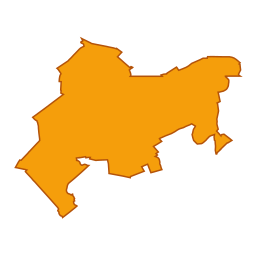 Carei, Satu Mare, Romania
{"feature_id": "2599482B21413362198639", "entity_name": "Carei", "entity_type": "district", "adm_level": 2, "iso_a3": "ROU", "parent_name": "Romania", "parent_adm1": "Satu Mare", "projection": "natural_earth1", "projection_center": [22.485, 47.66], "detail": "fine", "context": "isolated", "style": "filled", "palette": "amber", "viewbox_px": 256, "rotation_deg": 0, "n_neighbors": 0, "source": "geoboundaries", "source_scale": "gbopen_adm2", "svg_char_len": 5472}
<svg xmlns="http://www.w3.org/2000/svg" viewBox="0 0 256 256"><path d="M58.7,211.8L58.9,212.1L59.0,213.5L59.1,213.8L59.8,214.8L60.1,215.3L60.4,215.6L60.6,215.7L61.0,215.9L61.5,216.0L61.8,216.2L62.1,216.3L62.3,216.5L62.6,217.5L65.1,215.6L69.6,212.1L74.7,208.0L77.0,206.0L76.9,205.9L76.5,205.6L76.0,205.4L75.3,205.1L74.8,204.8L74.3,204.3L73.8,203.4L73.7,202.9L73.6,202.1L73.6,201.7L73.6,201.4L74.6,200.9L74.5,200.6L74.4,200.2L74.1,199.3L74.1,199.2L74.4,199.0L74.6,198.6L74.5,198.4L74.2,197.9L74.0,197.5L73.8,196.9L73.5,196.5L72.9,195.7L72.7,195.4L72.6,195.1L72.6,194.9L72.6,194.7L72.7,194.4L72.7,194.2L72.4,194.1L72.0,194.4L71.5,194.7L71.3,194.9L71.2,195.0L71.1,194.9L70.8,194.7L70.5,194.5L69.5,194.0L68.2,193.6L67.9,193.4L67.2,192.6L66.9,192.2L66.8,191.9L66.7,191.7L66.6,191.4L66.4,190.5L66.5,189.6L66.6,189.0L67.0,187.8L67.0,187.4L67.1,187.0L67.2,186.4L67.5,185.3L67.7,184.8L68.0,184.1L68.5,183.5L68.9,183.0L70.1,182.0L74.3,178.5L80.9,172.7L85.4,168.6L88.7,165.5L87.5,165.4L87.1,165.2L86.5,164.9L86.1,164.7L84.8,164.3L84.6,164.3L84.0,164.5L83.3,164.7L82.5,165.1L82.0,165.3L81.7,165.2L81.3,165.0L81.0,164.7L80.6,164.3L80.2,163.8L80.1,163.5L80.0,163.0L79.9,162.5L79.7,162.1L79.4,161.8L79.1,161.5L78.5,161.1L78.0,160.7L77.8,160.6L77.1,160.6L76.7,160.4L76.9,160.1L76.9,159.8L76.6,159.4L76.5,158.9L76.5,158.5L76.4,158.0L79.2,157.6L79.2,157.8L81.0,157.5L85.6,156.7L85.9,157.8L88.2,157.4L90.3,157.4L90.1,157.9L89.7,158.9L95.8,160.4L97.9,160.2L102.5,160.0L107.5,159.8L108.4,163.7L109.0,172.3L109.0,173.5L118.2,175.2L123.0,176.1L130.3,177.7L130.5,176.5L144.2,171.2L142.5,168.3L141.7,166.7L142.9,166.3L143.5,165.9L146.4,164.7L147.6,164.2L150.9,172.7L153.9,171.9L161.9,169.6L161.2,168.0L160.5,165.4L160.2,164.8L159.8,163.9L159.7,163.1L159.7,162.8L159.8,162.5L159.9,162.3L159.4,160.0L159.0,158.9L158.3,158.0L157.4,157.4L156.1,156.7L155.3,156.5L157.4,155.0L156.0,153.6L158.3,152.0L154.3,147.4L153.5,146.4L157.4,144.1L161.7,141.4L160.5,140.1L160.4,140.1L159.5,138.8L159.4,138.6L159.5,138.5L159.7,138.4L163.6,136.7L165.8,135.7L166.1,135.6L167.4,135.1L171.3,133.6L174.8,131.7L176.9,130.3L177.5,129.9L179.0,129.1L179.9,128.7L183.5,127.6L185.8,126.4L187.0,125.9L189.3,125.0L190.2,124.6L191.6,123.8L195.4,126.1L195.3,126.4L194.1,128.4L193.5,129.3L193.4,129.7L193.1,130.9L192.5,133.6L192.2,134.2L192.1,134.6L192.4,135.8L192.6,136.8L192.9,138.0L193.6,140.2L193.7,140.5L193.9,140.7L196.4,143.2L196.8,143.6L197.3,144.0L199.2,143.8L200.8,143.7L201.1,143.7L201.4,143.6L202.0,143.4L202.8,142.9L204.2,141.8L206.1,140.1L206.8,139.2L209.1,136.8L209.7,136.3L211.1,135.6L212.5,135.2L214.5,134.5L214.3,135.5L214.1,136.8L214.1,137.5L214.3,138.6L214.4,140.1L215.1,140.8L215.3,143.9L215.5,145.8L215.5,147.1L215.3,150.2L215.4,150.8L215.8,152.7L216.0,153.9L216.7,154.0L216.9,153.7L217.0,152.8L220.5,149.6L220.3,149.5L222.4,147.5L227.2,142.9L227.4,142.9L227.6,142.8L227.8,142.9L231.9,140.4L229.6,138.5L224.0,134.2L223.9,134.2L221.7,134.6L221.0,135.2L220.9,135.8L219.7,134.5L218.2,132.8L216.6,131.1L218.0,129.3L218.2,129.2L217.5,126.6L216.9,124.1L216.9,123.8L216.9,123.5L217.0,122.5L217.0,122.3L217.1,121.9L217.1,121.7L216.9,119.5L216.8,119.2L218.2,112.7L218.5,111.1L218.5,110.6L217.5,103.5L217.1,103.0L220.1,101.5L218.4,93.4L218.3,93.2L218.1,92.2L219.3,92.1L223.4,91.1L224.9,90.3L225.7,89.8L226.5,89.2L227.0,88.5L227.4,87.9L228.2,86.2L228.4,85.3L228.5,84.1L228.7,82.8L228.8,82.3L228.8,81.6L228.8,80.1L228.7,79.9L228.5,79.6L227.5,78.5L226.7,77.7L225.6,76.7L225.4,76.4L225.4,76.2L230.0,76.1L240.2,76.1L239.0,75.3L238.8,74.8L238.5,74.2L240.6,70.0L240.1,65.9L240.0,64.6L239.6,64.4L239.1,64.0L240.1,62.8L239.6,62.4L237.7,60.7L236.1,59.4L235.0,58.7L234.1,58.1L233.3,57.8L232.3,57.4L231.6,57.2L230.4,57.0L229.5,56.8L228.2,56.8L222.7,56.8L212.1,56.6L207.6,56.7L207.2,57.8L207.2,58.2L203.1,58.2L201.7,58.9L200.8,59.4L199.2,60.1L197.6,60.8L191.7,63.4L188.6,65.9L186.2,67.3L182.4,68.9L178.7,70.3L177.0,67.7L176.5,67.1L167.1,73.1L166.9,73.3L167.0,73.4L166.6,73.9L163.6,74.2L161.1,75.0L162.2,76.3L132.5,76.3L130.3,76.3L130.6,75.9L130.8,75.3L130.8,74.9L130.8,74.4L130.5,73.0L129.3,69.9L131.0,68.6L132.1,68.0L132.4,67.7L132.7,67.4L131.1,66.6L130.9,66.6L130.6,67.2L130.5,67.4L130.1,67.8L124.2,62.7L121.2,60.0L117.5,56.8L121.8,52.2L116.6,48.4L116.3,48.8L116.1,48.7L113.4,47.9L108.4,46.9L106.8,46.5L96.0,44.4L91.5,43.5L91.2,43.3L90.6,42.9L88.7,42.0L86.5,40.9L82.8,39.1L81.6,38.5L82.5,40.2L82.7,40.7L82.7,40.9L82.7,41.0L80.9,42.0L80.9,42.5L81.0,42.7L81.3,43.0L83.1,43.8L83.3,44.0L83.5,44.1L84.0,46.0L84.0,46.3L82.3,47.1L80.8,47.9L79.4,49.1L75.0,53.7L73.8,54.9L71.3,57.6L70.7,58.2L69.1,59.7L68.2,60.8L66.9,61.7L57.0,68.3L57.4,68.6L57.8,69.1L58.3,69.6L60.6,73.0L60.9,73.4L60.9,73.6L60.9,73.9L60.8,74.1L60.2,75.1L60.0,75.7L59.8,76.3L59.7,76.9L59.4,78.6L59.2,80.8L59.2,81.5L61.2,81.7L60.7,90.1L61.1,90.4L60.9,93.1L63.4,94.4L45.1,108.2L32.7,117.3L34.2,118.9L34.3,119.1L35.7,120.2L36.8,120.7L37.0,121.0L37.2,121.9L37.6,122.5L37.8,123.5L38.0,124.5L38.4,125.9L38.4,126.1L38.4,126.5L38.5,128.7L38.9,132.9L39.6,138.6L39.7,140.3L39.7,140.5L38.5,141.9L37.2,143.2L29.4,151.5L29.1,151.7L27.8,153.3L21.2,160.2L21.1,160.3L20.8,160.3L19.8,160.0L18.4,162.1L15.4,167.5L17.1,167.8L18.1,168.0L23.2,169.1L25.6,169.6L26.4,169.9L26.8,170.0L26.0,170.8L25.7,171.2L25.4,171.6L26.9,173.3L31.4,178.1L33.1,180.2L35.1,182.2L36.6,183.9L42.5,190.5L48.2,196.8L57.7,207.5L58.2,208.3L58.4,208.6L58.5,208.8L58.6,209.0L58.4,209.4L58.0,210.0L57.9,210.3L57.8,210.5L57.9,210.8L58.1,211.2L58.3,211.4L58.7,211.8Z" fill="#f59e0b" stroke="#b45309" stroke-width="1.5"/></svg>